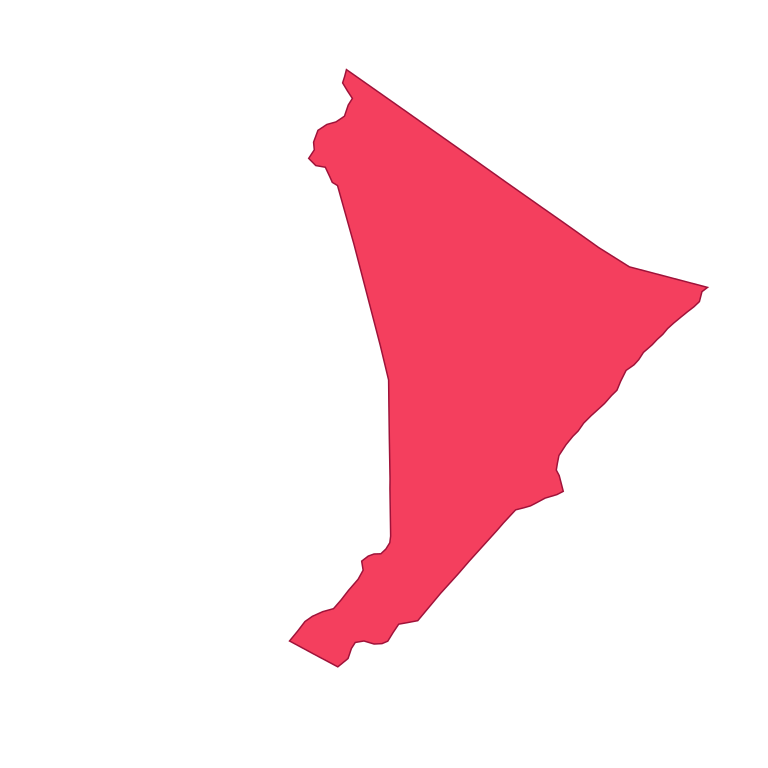 Coaraci, Bahia, Brazil, rotated 35°
{"feature_id": "56859067B91846092860839", "entity_name": "Coaraci", "entity_type": "district", "adm_level": 2, "iso_a3": "BRA", "parent_name": "Brazil", "parent_adm1": "Bahia", "projection": "natural_earth1", "projection_center": [-39.579, -14.666], "detail": "fine", "context": "isolated", "style": "filled", "palette": "rose", "viewbox_px": 768, "rotation_deg": 35, "n_neighbors": 0, "source": "geoboundaries", "source_scale": "gbopen_adm2", "svg_char_len": 1430}
<svg xmlns="http://www.w3.org/2000/svg" viewBox="0 0 768 768"><g transform="rotate(35 384 384)"><path d="M454.0,648.7L481.5,645.5L508.4,642.2L512.0,629.5L509.0,619.3L508.7,612.2L515.0,606.0L525.0,602.7L531.3,597.8L534.6,592.5L534.0,582.3L533.8,572.3L539.8,566.3L547.4,558.5L550.4,523.1L553.7,496.9L555.4,480.2L560.6,438.6L561.5,429.6L564.0,411.6L569.7,405.0L573.9,399.8L577.0,393.9L581.4,385.1L589.1,375.4L592.4,369.1L586.0,363.6L580.0,358.5L574.5,355.7L571.6,349.7L568.3,342.2L567.9,329.3L568.7,318.5L570.0,311.2L570.0,301.5L571.8,291.3L573.9,282.1L575.8,273.6L577.0,262.9L578.4,255.5L576.3,246.1L574.5,234.0L577.8,224.9L578.7,218.0L578.4,209.3L581.2,197.9L582.2,190.8L583.9,183.4L584.5,176.0L586.3,168.1L588.7,159.4L591.2,150.6L593.6,143.0L595.1,135.6L591.5,126.0L593.6,119.3L517.8,147.3L481.5,149.1L441.9,148.8L411.4,148.8L367.8,148.7L325.2,148.4L239.3,148.1L172.9,148.0L175.4,154.7L177.4,161.1L186.0,164.9L194.3,168.2L194.7,176.0L198.0,187.3L194.3,196.9L188.3,204.2L184.4,214.1L187.6,226.3L192.6,232.2L192.9,242.4L202.8,244.2L211.6,240.1L220.7,245.3L226.0,248.5L232.1,248.1L279.3,286.8L358.9,354.6L385.5,378.1L399.7,397.9L419.0,424.7L443.4,458.3L448.8,466.2L476.7,504.8L479.8,510.7L480.2,518.1L478.8,524.9L473.3,529.0L469.8,534.0L467.3,541.9L473.7,548.5L474.8,558.8L473.3,573.3L472.7,585.7L471.5,597.0L464.4,605.6L458.6,615.3L455.5,623.9L455.0,635.9L454.0,648.7Z" fill="#f43f5e" stroke="#9f1239" stroke-width="1.5"/></g></svg>